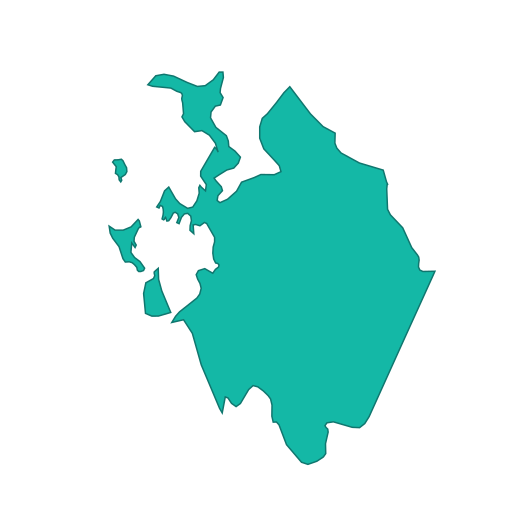 map outline of Bocas del Toro (Natural Earth projection), rotated 205°
{"feature_id": "PAN-1958", "entity_name": "Bocas del Toro", "entity_type": "Province", "adm_level": 1, "iso_a3": "PAN", "parent_name": "Panama", "parent_adm1": "", "projection": "natural_earth1", "projection_center": [-82.341, 9.206], "detail": "fine", "context": "isolated", "style": "filled", "palette": "teal", "viewbox_px": 512, "rotation_deg": 205, "n_neighbors": 0, "source": "natural_earth", "source_scale": "10m", "svg_char_len": 3519}
<svg xmlns="http://www.w3.org/2000/svg" viewBox="0 0 512 512"><g transform="rotate(205 256 256)"><path d="M127.6,88.3L148.6,97.9L163.8,112.7L167.3,114.2L170.2,112.7L173.9,117.5L178.5,127.7L182.4,132.6L186.0,134.6L192.3,136.8L199.1,138.2L203.9,137.3L206.2,131.9L207.8,115.7L210.4,111.1L215.9,112.1L221.4,115.5L224.3,115.3L220.3,99.5L224.6,102.5L259.6,134.2L281.0,159.0L294.7,167.6L304.2,160.2L303.4,167.4L301.7,173.1L291.8,192.9L290.9,197.7L292.0,203.5L295.1,207.4L299.2,210.5L302.3,213.8L302.0,218.4L297.1,222.9L287.9,222.1L287.1,226.8L285.3,230.1L285.7,232.2L287.5,233.1L289.6,232.6L293.1,235.4L296.3,240.3L298.6,246.0L299.5,251.3L301.4,255.4L314.4,264.6L316.9,264.6L319.6,259.7L324.0,259.1L326.1,257.6L321.8,249.9L326.7,251.4L328.5,255.7L329.5,260.8L332.0,264.6L335.9,265.8L338.7,263.9L339.9,259.5L339.4,252.8L341.9,252.8L342.2,258.3L344.8,261.1L347.7,261.5L349.1,260.0L349.3,254.8L350.0,251.1L351.5,250.0L354.3,252.8L354.7,251.5L354.6,250.3L355.1,249.7L356.8,249.9L357.5,253.7L358.5,256.7L359.9,259.2L361.7,261.4L364.2,261.4L364.2,258.5L366.7,258.5L365.7,264.9L366.4,276.4L364.2,281.6L353.1,273.8L347.3,271.3L338.1,270.3L334.0,273.6L332.9,281.0L334.0,288.9L336.7,293.7L336.7,296.3L334.7,295.3L329.3,293.7L331.2,299.7L339.9,305.0L341.9,309.4L339.4,337.0L337.8,336.5L336.7,336.1L335.7,335.4L334.2,334.1L340.5,341.1L349.3,345.8L358.0,346.8L364.2,342.7L377.3,347.6L381.9,350.8L381.8,354.3L387.2,363.8L389.1,366.1L389.9,367.5L390.5,370.3L391.8,371.8L393.3,372.3L397.3,371.8L404.2,372.2L421.5,366.1L426.4,365.5L425.8,367.5L423.0,377.0L416.2,381.8L406.7,384.2L391.7,384.2L380.8,384.9L374.0,388.9L369.2,397.6L367.1,407.1L363.7,408.7L361.0,404.0L359.0,392.9L357.6,388.9L352.8,385.7L352.1,377.8L356.2,374.6L357.6,367.5L355.6,362.0L346.7,355.6L333.7,352.5L329.7,348.5L326.9,343.7L319.4,342.2L311.9,339.0L311.3,332.7L313.3,326.3L318.8,321.6L323.5,314.4L326.9,308.9L324.2,307.3L316.7,304.1L314.0,301.0L316.0,294.6L314.7,289.9L311.2,289.1L305.8,295.4L301.0,306.5L300.3,316.8L290.8,326.3L286.0,331.9L273.8,337.4L269.0,343.0L273.1,347.7L280.6,350.9L294.2,356.4L302.4,364.3L307.2,374.6L308.5,383.4L305.8,389.7L302.4,403.2L299.7,415.8L296.9,423.7L266.7,407.8L249.9,401.6L236.2,400.8L232.2,391.6L228.3,387.9L222.4,385.3L201.6,384.0L177.0,387.6L169.1,378.4L167.0,376.6L167.3,376.1L165.9,372.1L156.5,353.9L151.6,350.1L135.0,343.6L118.4,329.4L110.2,325.2L108.1,323.8L106.4,321.2L105.4,317.9L104.1,314.7L101.6,312.5L98.2,312.5L87.4,317.8L87.3,313.1L86.6,243.9L86.0,193.2L85.6,158.2L86.6,150.1L89.6,144.2L96.4,141.4L115.8,138.4L121.2,134.8L121.8,131.4L120.1,130.2L117.8,129.4L116.2,126.9L113.7,115.3L109.3,106.4L110.0,102.4L114.1,95.7L120.9,89.1L127.6,88.3ZM309.4,168.8L319.1,160.3L325.0,157.5L331.9,157.3L342.0,174.5L344.5,185.2L339.4,192.2L339.4,195.3L341.0,197.4L341.5,198.5L340.9,200.1L339.4,203.5L334.4,193.7L326.7,184.6L309.4,168.8ZM384.1,206.6L393.3,211.5L397.8,215.1L401.7,221.0L394.6,219.9L387.3,223.3L381.5,229.6L378.3,239.3L376.6,238.5L372.7,233.8L372.8,233.4L373.6,233.1L374.2,231.2L374.2,221.6L372.8,217.8L369.2,215.3L369.2,212.6L374.1,215.3L370.9,206.4L365.4,203.3L358.8,201.9L351.8,197.9L351.8,195.3L353.8,193.3L355.7,192.4L357.5,193.0L359.2,195.3L362.5,196.8L365.4,197.6L368.4,197.2L371.9,195.3L375.4,197.3L384.1,206.6ZM411.6,270.0L409.7,267.9L409.9,266.0L412.2,267.2L413.7,269.8L415.8,271.2L418.3,271.5L419.5,275.0L420.4,277.9L422.9,279.1L425.6,280.5L425.0,283.2L421.6,284.9L418.9,286.8L416.8,286.1L413.5,283.4L410.6,281.3L408.7,277.9L408.9,274.6L411.6,270.0Z" fill="#14b8a6" stroke="#0f766e" stroke-width="1.5"/></g></svg>